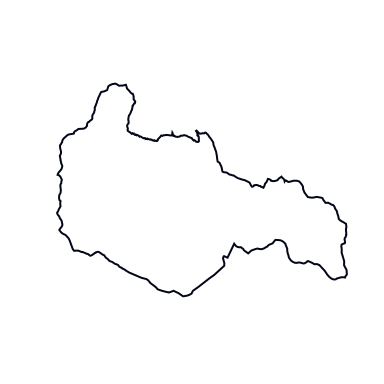 the district of Corbu, Harghita, Romania, rotated 253°
{"feature_id": "2599482B8272511981002", "entity_name": "Corbu", "entity_type": "district", "adm_level": 2, "iso_a3": "ROU", "parent_name": "Romania", "parent_adm1": "Harghita", "projection": "equal_earth", "projection_center": [25.671, 46.995], "detail": "fine", "context": "isolated", "style": "outline", "palette": "ink", "viewbox_px": 384, "rotation_deg": 253, "n_neighbors": 0, "source": "geoboundaries", "source_scale": "gbopen_adm2", "svg_char_len": 6005}
<svg xmlns="http://www.w3.org/2000/svg" viewBox="0 0 384 384"><g transform="rotate(253 192 192)"><path d="M111.6,328.4L113.3,329.4L116.5,330.0L119.6,327.3L120.2,326.5L121.8,325.3L123.3,324.5L126.2,324.8L128.7,324.7L131.6,324.9L134.2,324.0L135.9,324.0L137.7,323.5L138.4,323.0L139.2,321.6L140.4,320.7L142.0,318.9L142.3,317.4L142.6,316.5L146.2,315.2L147.8,315.1L148.6,314.2L150.8,310.0L151.0,309.2L151.0,307.6L151.3,306.1L151.6,304.7L153.3,301.3L158.6,299.4L162.5,299.1L164.4,299.7L166.3,299.4L169.4,298.3L170.8,297.5L172.0,295.8L173.0,292.9L173.3,287.5L173.6,286.9L175.7,285.1L175.5,284.3L175.0,283.7L176.7,283.8L177.9,283.4L179.5,282.3L180.5,282.1L179.6,279.3L179.2,278.4L178.6,277.8L178.3,277.0L178.3,274.2L178.7,272.7L179.7,270.8L180.7,270.7L182.0,269.1L182.3,268.4L179.7,266.2L178.5,264.2L177.2,263.4L175.5,261.9L175.2,261.4L176.1,260.7L176.7,259.6L177.8,259.0L178.4,257.6L179.3,256.8L179.9,255.7L180.3,253.4L179.5,252.5L179.4,252.1L179.6,250.8L181.7,250.2L183.8,249.9L184.7,249.3L188.0,245.8L189.1,243.8L191.8,240.0L193.3,238.5L195.7,236.6L196.0,235.6L197.1,234.3L197.6,233.1L200.4,230.9L201.7,228.1L202.5,227.2L203.4,227.1L206.6,227.5L207.1,227.4L208.3,227.5L210.1,227.1L211.4,227.0L212.3,226.6L213.6,225.4L217.8,226.0L218.1,226.2L223.3,226.8L228.4,226.6L229.2,226.4L231.0,226.4L233.2,226.8L237.1,225.7L239.8,224.6L241.6,224.2L244.6,222.6L245.0,222.0L244.5,220.6L245.1,219.6L245.1,218.0L245.5,216.6L246.9,215.4L248.1,215.0L249.4,214.3L249.2,213.7L246.4,214.4L245.9,214.0L245.1,214.3L244.2,214.4L244.1,213.9L242.9,214.6L238.6,213.5L238.1,212.8L238.1,212.5L238.3,212.2L238.2,212.0L238.9,210.6L240.5,209.8L241.0,209.3L240.8,208.6L242.3,207.8L243.5,207.6L246.0,204.5L247.6,203.0L248.0,202.1L248.7,201.1L248.6,199.2L249.1,198.0L249.1,197.6L248.7,196.8L248.8,194.5L249.8,192.4L250.8,191.7L250.7,191.5L251.4,191.1L251.4,190.8L251.2,190.6L251.4,190.3L254.1,190.7L254.5,190.6L252.0,189.5L252.4,187.8L253.1,186.6L253.5,185.4L254.1,184.3L254.3,182.3L254.6,181.5L254.3,180.1L255.0,179.3L255.0,179.0L254.1,177.9L252.8,175.5L251.9,174.3L251.4,174.3L251.0,173.6L251.0,173.1L251.5,172.5L251.7,171.7L252.3,171.3L252.0,170.7L252.6,170.2L252.6,169.9L253.0,169.6L253.1,169.2L253.6,169.0L254.0,168.1L254.4,167.9L254.3,167.3L256.0,165.1L255.6,164.8L256.1,164.0L256.2,163.3L256.6,163.5L257.0,163.2L257.4,162.6L257.6,161.4L258.6,160.3L259.6,159.7L260.4,158.5L260.2,158.1L260.4,158.0L262.1,156.9L262.5,156.3L262.5,155.9L262.8,155.7L262.6,155.4L263.2,155.0L263.0,154.8L263.5,153.9L263.9,153.8L264.4,153.3L265.0,153.4L265.2,152.5L265.6,152.2L265.2,151.4L266.9,150.4L269.1,148.5L270.4,148.6L271.1,149.1L271.8,149.3L273.0,149.1L274.5,149.4L275.4,150.1L276.2,151.4L278.3,152.1L279.5,152.1L281.5,152.9L283.6,154.1L284.5,155.4L288.0,158.3L288.3,158.7L289.6,159.4L290.7,159.8L291.7,160.7L292.0,160.6L293.1,162.2L293.6,162.6L293.5,163.2L294.1,163.7L295.3,164.2L297.5,163.3L299.0,163.6L300.1,164.1L302.0,164.2L303.3,164.0L303.5,163.3L304.4,162.7L308.1,161.1L309.7,160.2L313.9,160.1L314.0,156.7L314.4,155.9L314.9,153.4L317.3,151.3L318.2,150.1L318.2,148.7L318.5,147.4L318.3,146.4L318.3,145.2L317.6,142.9L314.3,140.7L313.9,137.4L314.2,134.6L314.0,134.1L309.4,129.9L308.0,129.0L306.8,127.9L305.2,127.0L303.7,125.7L302.7,125.2L302.2,124.4L301.8,124.2L300.8,123.5L298.9,123.1L298.0,122.3L296.6,121.6L294.9,119.6L293.9,118.9L291.3,118.1L290.7,117.6L289.8,115.0L289.3,114.4L289.2,113.3L288.7,112.4L288.0,111.7L285.9,110.9L285.7,110.6L284.7,109.1L284.2,107.1L285.5,101.8L284.7,99.8L284.3,97.8L283.6,96.7L282.4,96.0L283.0,91.3L282.9,89.7L280.7,84.9L279.4,83.3L277.4,82.2L277.1,81.6L276.2,80.8L275.2,79.4L272.9,78.8L268.6,78.5L266.9,77.8L265.3,76.2L261.5,75.8L261.0,75.5L259.9,75.6L257.7,75.3L255.0,75.6L254.2,75.3L252.2,74.0L250.6,71.8L249.9,70.5L248.5,69.0L247.7,68.5L247.4,69.0L246.3,70.1L245.0,70.6L242.1,71.1L241.5,71.0L240.0,70.0L238.8,69.6L237.7,68.5L236.4,67.9L231.7,67.0L230.0,66.2L229.2,65.7L228.2,64.5L227.1,63.8L225.1,63.1L223.2,62.9L222.2,63.2L221.8,63.6L219.2,62.5L216.8,62.1L214.3,59.5L212.7,58.3L211.6,56.9L209.8,56.9L207.5,57.9L206.0,57.9L202.7,58.9L199.1,58.6L197.9,58.2L196.5,56.7L195.5,55.1L194.5,54.0L191.5,55.1L189.9,56.3L187.7,58.6L183.9,60.4L181.8,60.8L172.3,61.3L170.3,62.0L170.1,62.3L169.9,63.9L169.2,65.9L168.5,67.0L167.0,68.7L166.7,69.3L166.6,69.9L163.7,73.3L163.1,74.4L161.1,75.7L160.7,76.5L161.0,78.4L161.4,79.2L161.4,79.7L162.1,81.1L162.0,82.0L162.4,82.3L162.4,84.3L161.8,85.5L158.3,88.2L157.1,89.6L155.3,90.1L154.0,90.6L152.9,91.6L150.1,93.0L148.3,95.4L146.3,96.9L145.3,98.0L144.6,99.1L143.7,100.0L141.9,100.6L140.5,101.9L140.2,102.6L139.0,103.1L138.7,103.7L137.2,105.2L136.4,105.6L135.5,106.5L133.4,108.3L124.7,118.6L122.0,123.0L120.5,124.2L117.1,125.6L111.4,129.7L109.0,130.7L106.3,134.4L103.3,139.3L103.1,140.1L102.6,140.6L102.9,145.5L99.0,149.7L95.3,152.6L94.8,153.2L94.3,157.2L94.5,159.9L95.0,161.9L97.2,163.9L99.3,170.2L104.3,183.3L106.2,189.0L112.0,201.2L114.3,202.1L119.7,202.3L121.2,203.5L121.3,203.8L121.1,204.2L119.6,205.8L118.8,206.8L130.2,217.2L128.0,218.0L127.1,218.6L126.2,219.4L125.6,220.4L125.1,221.7L125.0,222.5L122.6,224.3L121.5,224.5L120.4,225.1L116.9,227.8L118.7,231.8L118.9,236.9L118.8,237.9L117.6,240.2L117.0,241.8L116.9,242.4L117.1,244.9L117.7,246.8L117.8,248.1L118.3,248.6L119.0,250.3L119.3,254.0L121.7,257.5L121.7,258.1L120.5,261.3L119.6,263.0L117.7,264.8L115.2,266.2L113.9,266.1L110.1,266.5L107.9,265.9L105.4,265.6L103.5,265.7L100.9,265.5L97.5,266.6L95.9,267.8L94.2,269.7L93.6,271.5L93.4,273.6L92.7,275.1L91.1,277.6L90.9,278.6L91.0,279.3L91.5,281.3L92.0,281.9L92.0,282.9L89.0,286.3L87.2,287.9L86.5,290.4L86.3,290.9L85.4,291.6L85.2,292.2L84.8,292.5L77.8,295.9L73.2,297.3L70.8,298.4L68.8,299.7L67.4,301.2L66.6,302.8L66.5,304.1L66.9,305.1L66.8,310.1L66.1,312.1L65.5,313.4L66.2,313.7L67.6,315.7L68.0,316.0L72.1,317.0L77.5,316.0L81.3,317.3L90.5,317.4L91.6,317.9L94.7,318.7L96.0,318.8L97.7,319.5L98.0,319.9L98.3,321.4L98.3,323.1L98.6,323.4L99.5,323.8L101.9,324.0L102.8,324.3L103.5,324.9L104.2,326.0L105.9,326.7L106.0,327.1L111.6,328.4Z" fill="none" stroke="#020617" stroke-width="2"/></g></svg>